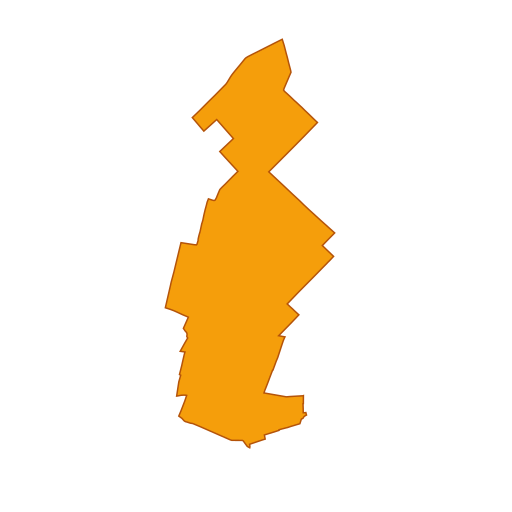 outline of Mitreni, Calarasi, Romania, rotated 318°
{"feature_id": "2599482B76882873077957", "entity_name": "Mitreni", "entity_type": "district", "adm_level": 2, "iso_a3": "ROU", "parent_name": "Romania", "parent_adm1": "Calarasi", "projection": "natural_earth1", "projection_center": [26.636, 44.19], "detail": "fine", "context": "isolated", "style": "filled", "palette": "amber", "viewbox_px": 512, "rotation_deg": 318, "n_neighbors": 0, "source": "geoboundaries", "source_scale": "gbopen_adm2", "svg_char_len": 3313}
<svg xmlns="http://www.w3.org/2000/svg" viewBox="0 0 512 512"><g transform="rotate(318 256 256)"><path d="M188.3,405.7L187.4,405.1L186.7,404.5L186.2,404.1L189.2,400.7L192.1,397.2L192.4,397.4L197.8,391.5L197.5,391.4L187.0,383.0L184.6,381.2L184.1,380.7L176.4,370.9L170.3,363.1L171.5,362.4L172.9,361.6L174.6,360.8L178.6,358.8L182.3,356.9L183.4,356.3L191.8,352.0L192.0,352.2L192.7,351.9L200.6,347.7L203.4,346.4L204.2,346.0L210.8,342.2L215.5,339.5L219.2,337.4L220.8,336.6L221.5,336.3L222.8,335.7L223.4,335.5L219.5,330.4L238.4,329.2L248.5,328.4L247.9,322.1L247.8,320.2L247.4,316.3L247.1,312.5L260.6,311.5L265.1,311.2L277.3,310.5L284.6,310.1L297.1,309.3L300.6,309.1L304.0,308.9L304.5,308.8L307.2,308.7L309.9,308.5L313.4,308.2L312.6,297.4L312.3,292.6L321.1,292.0L329.9,291.5L329.2,284.8L328.0,273.7L326.4,257.5L325.8,250.5L325.6,247.3L325.4,244.0L324.5,234.2L323.7,224.1L322.7,212.6L321.8,202.0L356.9,200.1L373.4,199.1L391.0,197.9L390.7,194.1L390.2,186.7L389.7,180.0L389.5,176.1L389.3,174.3L389.0,170.7L388.8,168.5L388.5,166.0L388.1,160.2L387.7,155.9L387.4,153.3L387.4,152.0L387.5,151.2L388.9,150.3L394.9,147.5L398.6,145.8L400.5,144.9L404.9,142.9L405.0,142.8L405.2,142.5L405.3,142.3L405.5,141.9L405.8,141.5L407.4,138.4L409.3,134.7L412.3,129.1L414.1,125.5L417.8,118.4L419.5,114.7L420.5,112.5L411.8,110.1L404.4,108.1L388.3,103.7L383.4,102.4L381.7,102.1L381.1,102.0L380.0,102.0L371.0,103.4L364.1,104.4L360.5,105.0L359.0,105.3L357.0,105.8L350.7,107.7L348.9,108.1L348.1,108.2L346.2,108.3L333.3,109.1L328.7,109.3L324.1,109.5L311.3,110.2L301.3,110.5L301.1,117.2L300.9,124.0L300.8,128.3L318.1,128.3L317.8,153.6L299.0,154.1L299.0,162.4L299.2,181.0L292.4,181.3L285.8,181.7L281.2,182.0L277.6,182.1L274.5,182.3L273.9,182.4L273.4,182.5L269.3,184.4L265.4,186.3L263.3,187.0L263.0,187.1L262.5,187.0L262.0,186.7L261.7,186.4L261.0,185.4L258.9,181.7L255.7,183.3L253.2,185.0L249.0,187.7L244.4,190.9L240.5,193.8L238.4,195.1L237.3,195.7L231.4,200.0L230.7,200.5L228.7,201.7L226.7,203.0L224.2,204.8L223.4,205.7L219.9,207.8L219.2,207.9L219.0,207.7L217.6,206.2L209.2,195.9L190.5,208.7L184.7,212.7L175.3,218.8L172.4,220.9L158.7,230.5L154.0,233.8L156.6,238.3L158.4,241.8L160.0,245.4L162.2,250.6L164.1,254.6L164.8,256.2L153.6,261.2L153.5,262.2L153.2,264.2L153.2,266.3L153.0,267.0L152.5,267.9L151.9,268.5L150.8,269.4L150.6,269.9L150.4,271.2L144.6,273.1L135.9,276.1L139.0,279.8L136.9,281.1L134.9,282.5L130.2,285.8L127.7,287.6L119.8,292.9L120.3,294.2L114.4,297.9L108.8,302.5L103.3,307.0L104.0,307.5L105.5,308.4L107.0,309.3L107.3,309.5L109.4,311.2L110.7,312.5L111.2,313.2L107.5,315.3L105.7,316.3L97.0,320.7L91.5,323.3L91.7,324.3L91.8,324.7L92.3,327.1L92.3,327.7L92.3,329.7L92.3,330.3L92.4,330.9L92.8,332.0L93.6,333.2L94.0,333.9L95.3,336.2L96.9,338.2L100.4,345.6L105.0,355.8L108.7,364.0L113.9,375.5L114.7,376.8L121.9,383.4L122.6,384.1L122.8,385.0L122.5,387.6L122.1,391.5L122.2,392.0L123.0,394.3L123.7,393.8L124.5,392.8L125.2,391.6L137.5,396.9L140.3,398.2L142.5,394.6L156.4,401.0L156.8,400.5L159.2,401.7L160.2,402.2L161.1,402.7L162.1,403.2L163.3,403.8L163.8,404.1L164.7,404.6L168.2,406.1L169.2,406.6L176.4,410.0L180.3,407.7L180.6,407.6L180.9,407.7L181.3,407.7L181.5,407.9L181.9,408.0L182.6,408.0L183.1,407.8L183.8,407.6L184.3,407.5L184.7,407.5L185.9,407.7L187.1,408.0L187.7,406.8L188.3,405.7Z" fill="#f59e0b" stroke="#b45309" stroke-width="1.5"/></g></svg>